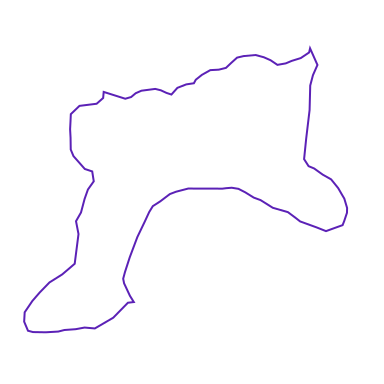 outline of Sosso-Nakombo, Mambéré-Kadéï, Central African Republic, rotated 95°
{"feature_id": "33826404B83457658124611", "entity_name": "Sosso-Nakombo", "entity_type": "district", "adm_level": 2, "iso_a3": "CAF", "parent_name": "Central African Republic", "parent_adm1": "Mambéré-Kadéï", "projection": "orthographic", "projection_center": [15.586, 3.907], "detail": "fine", "context": "isolated", "style": "outline", "palette": "violet", "viewbox_px": 384, "rotation_deg": 95, "n_neighbors": 0, "source": "geoboundaries", "source_scale": "gbopen_adm2", "svg_char_len": 1418}
<svg xmlns="http://www.w3.org/2000/svg" viewBox="0 0 384 384"><g transform="rotate(95 192 192)"><path d="M306.7,240.4L300.8,244.8L288.9,251.7L284.4,253.0L277.6,251.8L262.4,248.3L241.6,242.5L225.7,236.5L215.7,232.9L209.5,229.8L203.9,222.6L196.0,213.9L193.1,207.9L188.9,196.1L186.0,161.9L185.2,158.2L184.3,152.8L184.8,146.0L187.7,138.9L192.2,130.0L194.1,123.0L200.7,110.1L203.7,94.7L209.1,86.0L211.9,81.7L216.4,64.8L219.3,55.1L215.9,47.8L211.9,39.1L207.9,37.9L199.2,35.8L194.4,36.1L185.3,39.7L181.4,42.5L175.4,46.7L167.3,54.5L163.3,63.3L157.9,72.4L156.1,78.1L149.5,83.2L128.7,82.9L100.1,82.0L75.6,83.5L65.1,81.7L54.5,78.1L38.6,86.9L42.8,87.5L49.1,95.3L52.7,104.1L55.7,109.8L57.9,118.0L53.9,125.2L51.5,132.2L50.0,140.6L52.1,152.4L54.2,158.8L60.0,164.2L65.4,169.0L67.8,176.0L69.0,184.4L74.4,192.3L79.8,198.0L83.5,199.6L85.3,207.1L89.5,215.6L96.7,221.0L95.5,226.1L93.4,231.9L92.5,237.6L95.5,251.2L98.5,256.7L102.7,260.9L104.9,266.6L100.0,288.7L106.1,288.7L112.4,294.7L116.0,311.6L125.0,319.5L132.0,319.2L140.1,318.9L148.6,317.7L160.3,316.5L166.6,313.2L178.4,300.8L180.2,293.2L189.9,290.8L198.6,295.9L208.3,298.4L222.1,300.8L231.2,305.0L243.8,301.4L273.7,302.6L285.4,314.1L294.5,326.1L305.3,334.9L314.4,341.5L326.4,348.2L335.8,347.9L344.5,343.3L345.4,338.2L344.5,325.5L342.7,313.1L340.6,307.1L338.8,295.9L336.4,287.2L336.4,276.9L324.1,259.5L307.9,246.2L306.7,240.4Z" fill="none" stroke="#5b21b6" stroke-width="2"/></g></svg>